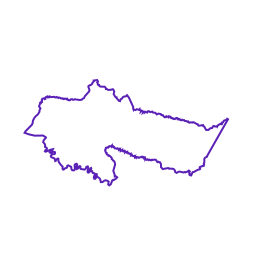 Inírida, Guainía, Colombia, rotated 229°
{"feature_id": "7082276B88046455152973", "entity_name": "Inírida", "entity_type": "district", "adm_level": 2, "iso_a3": "COL", "parent_name": "Colombia", "parent_adm1": "Guainía", "projection": "natural_earth1", "projection_center": [-68.552, 3.202], "detail": "fine", "context": "isolated", "style": "outline", "palette": "violet", "viewbox_px": 256, "rotation_deg": 229, "n_neighbors": 0, "source": "geoboundaries", "source_scale": "gbopen_adm2", "svg_char_len": 5838}
<svg xmlns="http://www.w3.org/2000/svg" viewBox="0 0 256 256"><g transform="rotate(229 128 128)"><path d="M98.1,82.9L97.6,85.8L97.9,87.5L99.7,87.1L100.1,86.2L101.7,87.4L105.3,88.8L108.8,94.2L110.7,95.4L112.0,95.8L113.1,95.4L114.6,95.6L115.1,95.3L116.5,96.2L119.2,95.8L119.8,95.1L120.3,95.5L122.0,94.7L123.2,95.5L123.6,95.1L125.7,95.8L126.0,96.5L126.5,96.5L127.1,98.0L127.5,98.3L126.9,99.3L127.0,99.7L126.2,100.2L126.6,101.2L126.2,101.6L126.3,102.4L125.3,103.1L125.4,104.4L124.8,103.9L124.9,104.6L124.6,104.2L124.3,104.7L123.8,104.5L123.2,104.9L122.9,104.4L121.9,105.0L121.2,104.8L120.4,105.5L119.4,105.7L119.8,105.8L119.7,106.5L119.3,106.4L118.3,107.6L118.3,107.1L117.9,106.9L117.9,107.7L117.4,108.0L117.2,107.6L117.1,108.0L116.6,108.0L116.6,107.6L116.2,107.8L115.5,107.3L115.3,109.0L114.9,108.5L113.8,108.9L113.8,109.5L113.5,109.5L113.2,110.3L112.8,110.0L112.6,110.5L111.9,110.7L111.6,110.3L111.6,110.7L110.6,110.9L110.5,111.5L110.0,111.0L109.2,111.9L108.6,111.6L108.3,112.1L106.9,112.4L106.8,113.0L106.5,112.7L106.0,113.1L105.6,112.8L105.4,113.1L105.2,112.7L105.1,113.0L104.5,112.9L103.4,113.4L102.6,114.7L102.5,114.3L102.2,114.6L101.5,114.1L101.5,114.5L100.4,114.5L100.8,115.2L100.1,115.8L99.6,115.7L99.2,116.5L98.4,116.6L97.3,119.6L96.5,119.5L96.5,120.3L95.3,121.1L94.3,120.0L93.4,120.4L93.5,120.7L93.2,120.5L93.3,120.8L92.9,120.6L92.1,121.0L91.9,121.7L91.5,121.5L90.8,122.6L90.2,122.6L90.2,123.3L89.0,123.7L88.7,124.6L88.2,124.7L88.2,125.4L87.8,125.5L86.7,127.3L85.8,128.1L82.9,127.8L82.6,128.8L81.5,129.1L81.3,129.6L79.3,129.3L76.7,127.2L74.2,127.3L71.4,132.1L70.2,132.3L70.0,132.9L67.7,135.2L66.6,135.6L65.1,135.5L63.7,134.7L62.2,135.3L61.9,137.2L61.3,138.3L58.0,140.7L57.7,141.8L56.9,142.1L56.3,144.0L55.8,144.4L56.1,145.8L55.6,146.2L54.5,146.0L54.4,145.3L52.9,144.0L52.7,144.3L51.8,143.8L51.4,144.1L51.6,144.8L50.9,144.9L52.3,147.8L51.6,148.8L50.7,153.3L49.8,154.9L49.8,155.6L51.2,156.2L51.4,156.9L50.6,158.5L50.7,159.3L49.7,160.2L50.5,161.5L51.5,161.9L51.9,163.0L54.4,165.1L54.9,166.0L55.0,166.8L54.5,168.9L55.0,169.4L69.0,209.2L69.9,208.9L69.6,207.8L70.6,205.2L69.9,203.5L70.4,202.6L69.5,201.6L70.1,201.3L69.9,200.7L70.5,200.5L70.9,198.6L71.0,197.5L70.5,196.1L71.1,196.2L72.0,194.6L73.3,194.1L73.4,193.0L72.8,191.5L73.8,189.9L73.8,187.4L75.3,185.7L79.2,186.5L80.0,186.0L81.0,186.5L83.2,183.0L83.9,182.7L85.2,183.1L85.8,182.5L88.9,181.5L89.7,180.9L89.7,180.3L91.2,179.0L91.8,177.7L93.5,177.7L93.6,177.0L94.8,176.7L96.2,175.4L97.2,175.5L98.1,174.3L98.6,174.3L98.7,173.6L99.5,172.8L100.0,173.1L100.9,172.2L100.9,172.6L101.5,172.5L102.1,171.6L103.2,171.7L103.8,171.1L103.6,170.5L104.2,170.0L104.0,169.2L104.7,168.4L105.5,168.4L105.9,167.8L106.6,167.9L107.2,167.1L108.2,167.4L108.4,166.9L109.3,167.1L109.8,166.5L109.7,165.8L110.1,166.0L110.1,165.6L111.1,165.0L111.2,164.2L111.7,164.4L112.0,162.8L113.6,162.5L114.6,162.8L115.2,162.5L115.4,162.0L116.5,161.6L117.0,161.9L119.0,160.3L119.4,158.6L121.5,158.6L123.5,156.9L124.4,157.1L125.5,155.1L126.6,155.0L127.5,154.2L127.1,152.7L127.6,152.6L128.0,152.0L128.6,152.0L128.7,151.3L129.1,151.2L129.0,150.7L129.5,151.0L129.9,150.6L129.9,149.7L130.2,150.2L131.0,150.2L131.9,149.3L131.9,148.7L132.4,149.5L132.9,149.1L133.8,149.4L133.4,149.0L133.8,148.6L134.6,149.1L134.5,148.2L136.4,147.0L136.6,145.4L138.0,144.7L137.9,144.1L139.7,144.9L140.4,145.7L150.2,148.6L153.4,148.8L153.2,147.5L154.5,145.2L154.6,144.3L154.2,142.5L154.5,141.2L153.5,139.6L154.4,139.0L158.0,139.0L158.7,139.5L159.3,138.9L160.2,138.9L163.0,139.4L164.6,141.6L166.9,142.1L167.4,141.8L168.1,140.1L169.9,137.9L171.4,137.6L171.9,136.9L172.9,137.5L174.4,137.5L177.4,134.3L178.9,134.0L179.4,134.4L179.8,133.9L180.8,133.8L182.0,134.8L182.6,134.7L182.9,135.9L184.4,136.2L186.3,133.3L185.7,133.1L185.4,130.8L184.8,130.0L184.9,127.7L185.4,127.1L185.6,125.8L185.1,125.1L182.0,123.9L181.1,122.6L180.3,116.2L179.4,114.4L179.9,112.7L179.7,111.7L180.7,110.0L184.7,106.6L184.8,105.8L185.6,104.8L186.5,104.7L187.2,103.5L187.0,102.5L187.3,102.0L187.9,101.8L188.2,101.2L189.7,101.3L189.6,100.8L190.1,100.3L190.9,100.4L191.8,99.3L191.8,98.6L192.3,98.1L193.3,98.2L194.2,96.8L195.1,96.7L196.3,95.9L196.4,95.2L196.8,95.3L197.7,94.4L198.2,94.5L198.8,93.1L199.9,92.8L201.7,90.3L203.1,89.7L202.8,88.9L203.5,87.8L203.9,88.3L204.5,88.2L204.5,87.4L205.1,87.0L205.2,86.2L205.0,85.3L204.2,84.8L204.4,84.2L205.2,84.7L206.3,82.5L205.6,81.5L205.8,80.5L205.3,81.1L204.2,80.3L204.7,79.9L204.4,79.3L204.7,78.5L204.0,78.3L204.3,77.9L202.6,75.0L200.3,74.8L199.2,72.5L198.3,71.8L197.4,68.9L197.4,65.7L197.0,63.8L195.9,61.0L194.4,59.5L193.5,57.6L192.8,48.6L192.2,46.8L188.0,49.2L183.4,52.6L178.1,58.9L175.0,59.9L174.5,59.7L174.1,56.4L173.0,54.7L170.6,54.7L169.4,54.2L168.2,53.0L166.6,53.6L165.8,53.4L165.2,52.7L165.4,51.0L164.9,50.0L164.1,50.3L162.5,55.1L161.3,57.4L160.9,56.4L161.8,54.1L161.3,53.0L160.2,53.1L159.6,53.6L159.2,55.8L158.4,56.6L157.6,57.0L156.8,56.3L156.5,55.4L157.6,54.0L157.9,52.8L157.6,51.6L157.0,51.0L156.0,51.1L153.4,52.5L152.3,52.3L150.8,51.4L150.6,52.0L151.2,53.3L151.1,54.8L150.6,55.3L148.1,53.5L144.4,53.1L141.7,53.3L140.1,51.8L139.1,51.8L138.8,52.2L138.9,54.0L138.2,55.5L138.3,56.2L139.3,57.3L139.0,58.4L136.0,59.6L133.9,58.3L132.8,58.2L131.5,59.3L131.5,60.3L132.1,61.2L135.1,63.4L135.3,64.6L135.0,65.5L134.2,65.8L133.5,65.5L131.9,62.5L130.6,62.3L130.3,63.8L131.2,65.2L130.8,66.7L130.1,66.8L129.1,65.6L128.2,65.4L125.1,67.9L125.0,69.4L126.0,71.2L125.4,72.4L124.1,71.9L121.4,68.6L120.4,68.7L120.1,69.3L120.2,70.2L121.9,72.5L122.2,73.2L122.0,73.9L121.4,73.6L120.6,71.8L119.9,71.3L118.9,72.6L117.4,71.9L115.9,72.9L115.0,72.9L113.3,69.9L111.9,69.2L111.2,69.8L111.2,70.7L111.7,71.5L113.2,72.0L114.0,72.8L114.1,73.8L113.6,74.1L112.0,72.7L108.9,73.5L107.4,73.3L105.0,72.0L103.9,73.3L103.8,75.5L103.3,76.7L101.6,77.9L100.2,78.2L98.4,76.0L97.0,76.2L96.8,78.1L98.8,81.8L98.6,82.8L98.1,82.9Z" fill="none" stroke="#5b21b6" stroke-width="2"/></g></svg>